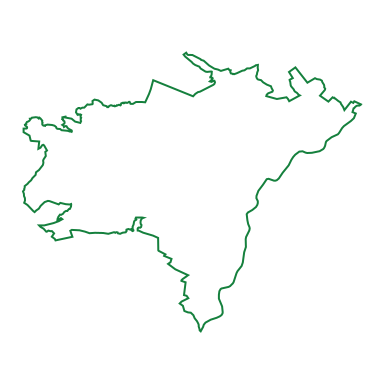 the district of Brancovenesti, Mures, Romania
{"feature_id": "2599482B90638587736477", "entity_name": "Brancovenesti", "entity_type": "district", "adm_level": 2, "iso_a3": "ROU", "parent_name": "Romania", "parent_adm1": "Mures", "projection": "robinson", "projection_center": [24.725, 46.873], "detail": "fine", "context": "isolated", "style": "outline", "palette": "green", "viewbox_px": 384, "rotation_deg": 0, "n_neighbors": 0, "source": "geoboundaries", "source_scale": "gbopen_adm2", "svg_char_len": 5831}
<svg xmlns="http://www.w3.org/2000/svg" viewBox="0 0 384 384"><path d="M252.3,210.0L256.0,207.0L257.3,204.9L257.8,203.1L257.8,201.1L256.4,198.2L256.5,195.9L258.4,190.8L263.0,184.7L266.7,179.2L268.6,178.8L274.1,180.7L275.3,180.7L276.8,180.2L278.8,178.5L282.7,172.7L288.7,165.3L291.4,159.8L293.2,157.0L295.2,154.7L299.3,151.6L302.6,151.3L305.5,152.6L307.2,153.0L311.9,152.8L319.6,151.2L323.3,149.0L324.2,147.8L325.1,145.8L325.9,142.1L326.6,141.0L331.6,137.2L337.9,134.3L339.1,132.9L342.1,128.1L343.9,126.1L350.9,121.0L353.9,118.2L355.8,113.5L352.5,112.1L353.6,108.3L354.2,108.1L355.2,106.9L356.5,105.9L357.5,105.6L359.4,105.6L360.6,104.9L361.0,104.4L354.3,101.3L353.3,102.9L351.0,101.7L344.4,110.1L343.2,107.1L340.9,103.7L340.5,102.4L338.4,101.1L334.4,97.9L334.2,98.2L332.6,97.3L328.4,101.6L320.0,95.7L324.5,90.4L325.0,89.7L325.2,88.7L324.2,87.3L324.3,86.2L324.0,84.8L322.3,82.1L321.9,80.7L320.1,79.6L316.8,79.1L315.0,78.2L307.4,82.7L295.4,67.4L289.0,72.0L292.8,78.1L289.6,79.8L289.8,80.9L290.2,81.6L290.7,85.3L291.1,86.3L293.8,89.5L294.2,90.6L295.1,91.7L296.9,92.8L298.8,94.9L299.8,95.4L289.2,101.2L288.0,99.0L286.5,97.3L276.9,99.0L266.3,96.1L266.7,94.7L268.2,93.3L272.4,91.7L272.9,90.5L271.5,87.9L271.0,86.3L266.8,84.6L263.1,82.3L261.1,80.2L258.1,79.5L257.4,79.0L256.6,77.7L256.2,76.1L256.9,74.5L257.2,72.5L258.1,70.2L257.7,67.8L257.9,64.9L255.7,65.3L254.9,66.0L249.9,68.4L247.1,68.4L244.5,70.3L242.3,70.7L236.9,73.2L234.1,74.2L233.7,73.9L232.8,74.1L232.3,73.7L230.9,73.4L230.2,71.8L230.7,70.3L229.3,70.0L228.3,68.7L220.9,70.9L218.1,69.6L214.4,68.7L209.1,65.5L203.7,60.7L201.1,59.9L200.6,59.2L192.4,55.0L188.0,54.9L187.4,54.6L186.2,52.7L183.6,54.6L185.2,56.6L191.7,62.0L193.0,63.5L195.2,65.0L199.4,66.7L200.6,68.5L205.5,71.6L207.1,71.9L211.1,71.5L211.8,71.7L211.6,74.6L211.1,76.1L210.4,76.7L210.3,77.4L211.5,77.6L211.8,78.3L212.5,78.0L212.7,78.5L212.6,79.0L209.9,81.4L211.5,81.9L213.3,81.0L214.4,80.8L215.0,82.2L214.4,83.9L213.4,84.8L199.9,91.7L198.0,92.1L195.3,93.9L193.1,96.3L153.2,80.2L150.8,89.1L149.0,94.0L145.2,102.3L141.9,102.0L136.4,102.0L135.8,102.1L132.9,103.9L131.0,103.9L130.5,103.8L129.6,101.9L128.9,101.9L127.6,102.8L126.8,102.9L126.0,102.5L123.7,102.7L124.0,103.2L123.5,103.3L122.3,102.9L121.2,103.4L120.7,105.2L120.4,105.4L119.3,104.8L118.4,104.9L117.4,105.5L116.7,105.3L116.2,105.9L114.9,106.3L114.4,105.7L113.3,106.0L111.0,105.2L109.3,105.9L108.3,107.1L107.2,107.1L106.7,106.2L103.2,105.2L101.6,102.7L98.3,100.4L94.5,99.6L92.5,101.0L92.7,103.8L92.4,104.2L89.0,104.7L87.4,104.4L84.3,107.6L82.3,107.7L80.4,108.7L79.6,108.0L78.4,108.0L76.5,109.4L76.0,112.3L77.5,114.7L78.1,114.2L78.9,114.8L80.0,114.3L81.1,114.8L80.6,116.2L80.7,117.1L81.1,117.7L80.7,118.1L80.9,118.7L80.7,119.1L80.7,120.4L81.1,121.1L80.3,122.9L75.1,121.6L71.6,118.7L65.2,117.5L65.7,116.9L65.6,116.6L62.4,117.3L62.5,118.2L62.2,119.1L63.1,119.4L63.1,120.4L64.4,121.3L64.6,122.8L64.3,123.6L62.3,124.9L63.6,125.8L64.0,127.0L65.4,126.1L66.5,126.2L67.4,127.7L68.6,128.8L71.6,130.4L71.9,131.1L71.6,131.8L70.8,131.4L70.1,131.6L67.6,130.8L61.6,130.2L60.1,129.0L57.3,128.8L56.5,128.2L56.1,127.0L54.5,125.7L52.1,125.0L47.6,124.6L45.0,125.3L45.0,125.8L43.4,125.6L42.4,124.7L42.2,123.9L42.6,122.8L42.1,121.9L42.3,120.7L40.5,118.5L39.2,117.5L38.8,117.6L39.2,118.2L38.8,118.6L37.3,117.4L35.8,117.2L31.9,117.7L31.3,118.5L30.0,118.7L30.3,119.3L29.7,120.4L28.5,121.4L26.9,122.0L26.1,123.4L26.3,124.0L24.9,124.7L25.0,125.3L26.9,126.8L27.1,127.4L27.0,128.1L26.6,128.5L23.6,128.6L23.6,132.2L29.5,135.6L30.7,140.6L31.2,140.9L39.2,141.5L38.4,148.8L40.5,147.7L42.1,145.3L43.2,144.8L44.1,145.4L47.0,150.5L45.3,151.9L45.8,156.0L43.5,159.5L43.1,160.8L43.4,162.4L43.2,163.8L42.8,165.1L39.0,170.0L36.0,172.3L35.6,174.9L32.5,178.0L31.1,180.3L28.8,182.3L27.6,183.8L24.7,186.1L24.7,187.6L24.2,188.9L24.3,189.7L23.0,191.4L23.9,193.8L24.0,196.0L24.9,198.1L25.0,200.5L24.2,202.8L27.5,205.0L33.3,211.1L34.6,212.1L36.3,210.4L38.8,208.7L40.7,205.8L44.6,202.1L47.9,200.9L49.5,201.1L58.7,204.4L60.3,202.9L65.8,204.2L69.8,204.5L71.1,204.0L71.2,204.4L71.0,206.6L69.8,209.0L68.8,209.1L67.3,211.0L66.1,210.9L65.0,211.5L64.0,212.3L63.1,213.7L61.2,214.8L60.0,214.6L58.3,216.9L58.1,217.8L57.7,218.3L57.4,220.1L58.2,220.0L60.9,218.1L62.3,219.2L58.7,221.2L53.5,223.1L44.3,225.4L39.1,225.4L40.5,226.9L43.6,228.7L46.3,231.7L47.2,231.5L48.3,230.6L50.6,231.2L51.9,231.1L54.1,233.4L51.8,236.7L54.8,238.9L55.5,240.4L72.4,236.8L70.3,230.8L71.8,229.9L79.5,230.3L84.9,231.6L89.5,233.2L95.0,232.8L103.2,233.0L108.3,233.8L114.1,232.2L115.3,232.8L116.2,232.2L117.6,232.4L117.9,233.3L120.1,233.8L122.6,232.7L125.7,232.3L126.6,231.0L126.3,230.1L126.5,229.6L128.4,229.0L132.0,230.2L132.3,231.0L132.7,231.1L133.4,230.6L133.4,230.1L132.0,228.7L132.7,228.4L132.6,226.7L133.6,224.5L134.0,221.9L134.7,220.5L135.9,220.0L136.3,219.6L135.5,218.5L136.0,217.5L142.0,217.5L143.5,217.8L142.0,218.4L140.7,220.5L140.5,222.7L140.8,224.1L141.5,225.0L141.1,227.0L140.2,227.7L138.8,227.5L138.0,228.0L137.6,228.9L137.7,230.5L138.4,230.5L143.2,232.7L153.0,235.6L158.1,237.9L158.3,250.3L158.6,250.8L165.3,254.3L164.6,254.9L164.1,255.9L171.5,258.9L170.5,262.2L168.1,263.9L175.3,269.3L188.1,275.2L182.6,279.1L181.4,280.4L181.4,280.9L185.6,282.3L184.0,295.1L186.6,295.8L188.3,298.2L181.5,301.6L179.7,303.5L182.9,305.8L184.4,311.0L188.0,312.4L190.8,312.7L193.4,315.2L194.7,318.3L197.0,321.2L198.3,323.7L198.7,324.9L198.7,326.5L199.5,329.0L199.7,330.4L200.7,331.3L203.1,326.9L203.8,324.7L205.5,322.6L210.7,319.7L216.6,317.8L219.7,316.4L221.5,315.1L222.5,313.5L222.7,312.2L222.1,306.4L218.9,298.7L218.9,294.7L219.4,291.2L220.6,289.1L221.5,288.5L228.6,286.9L230.1,286.1L232.9,283.3L233.6,282.1L236.5,273.2L237.5,271.2L241.6,266.0L242.8,262.5L244.2,252.2L245.9,247.0L245.7,239.1L246.1,237.0L249.3,230.5L249.7,228.6L249.5,227.2L248.2,224.1L247.4,220.3L246.7,214.2L247.9,212.5L252.3,210.0Z" fill="none" stroke="#15803d" stroke-width="2"/></svg>